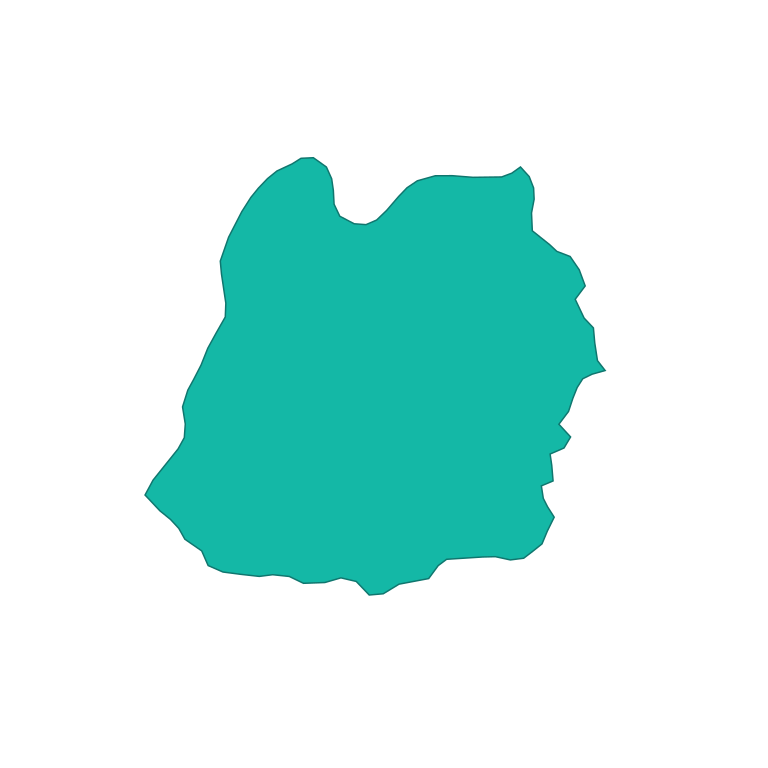 Itapuí, São Paulo, Brazil, rotated 42°
{"feature_id": "56859067B79816747151857", "entity_name": "Itapuí", "entity_type": "district", "adm_level": 2, "iso_a3": "BRA", "parent_name": "Brazil", "parent_adm1": "São Paulo", "projection": "robinson", "projection_center": [-48.701, -22.25], "detail": "fine", "context": "isolated", "style": "filled", "palette": "teal", "viewbox_px": 768, "rotation_deg": 42, "n_neighbors": 0, "source": "geoboundaries", "source_scale": "gbopen_adm2", "svg_char_len": 1394}
<svg xmlns="http://www.w3.org/2000/svg" viewBox="0 0 768 768"><g transform="rotate(42 384 384)"><path d="M340.2,131.4L337.9,141.8L332.9,151.4L311.8,170.9L295.5,183.4L282.8,194.9L272.8,210.7L269.8,222.7L269.4,234.7L269.8,253.3L268.8,267.1L264.0,277.6L254.6,284.9L238.9,288.9L226.6,283.8L216.8,274.0L207.8,266.5L196.0,261.3L180.1,263.1L171.3,271.8L168.4,282.0L161.9,297.3L160.0,309.3L159.6,322.5L160.2,334.4L163.0,351.1L170.3,378.9L180.1,402.2L189.5,410.9L212.4,429.8L221.2,440.4L225.1,458.2L229.1,475.3L235.4,492.4L239.5,508.0L242.3,519.8L249.6,535.8L263.1,546.7L271.5,557.5L274.4,570.0L276.7,610.0L280.7,626.4L302.4,628.2L315.9,627.5L328.1,628.6L339.9,632.6L360.2,630.0L374.8,636.6L390.1,631.5L404.9,621.3L420.1,610.4L428.9,600.2L442.4,590.4L457.5,586.0L472.9,571.1L481.7,556.9L495.5,549.3L514.2,550.7L523.8,540.4L529.1,522.7L547.4,498.7L545.8,482.7L547.8,472.4L572.9,446.7L582.3,437.8L595.6,430.2L604.4,420.0L606.5,408.7L608.4,397.1L603.8,384.0L599.6,369.1L587.7,365.8L578.9,362.4L569.1,354.4L574.5,342.9L563.1,332.2L554.3,324.9L560.6,311.1L558.1,298.5L540.9,296.9L539.5,280.9L533.9,268.2L529.9,257.3L528.2,247.1L532.0,237.6L539.3,226.0L527.0,223.8L513.2,212.5L502.1,202.2L488.6,201.1L469.4,193.1L467.9,176.5L452.7,168.5L437.0,164.7L423.7,169.8L414.3,169.6L391.7,170.9L379.2,158.2L371.9,146.2L364.0,138.2L353.1,132.7L340.2,131.4Z" fill="#14b8a6" stroke="#0f766e" stroke-width="1.5"/></g></svg>